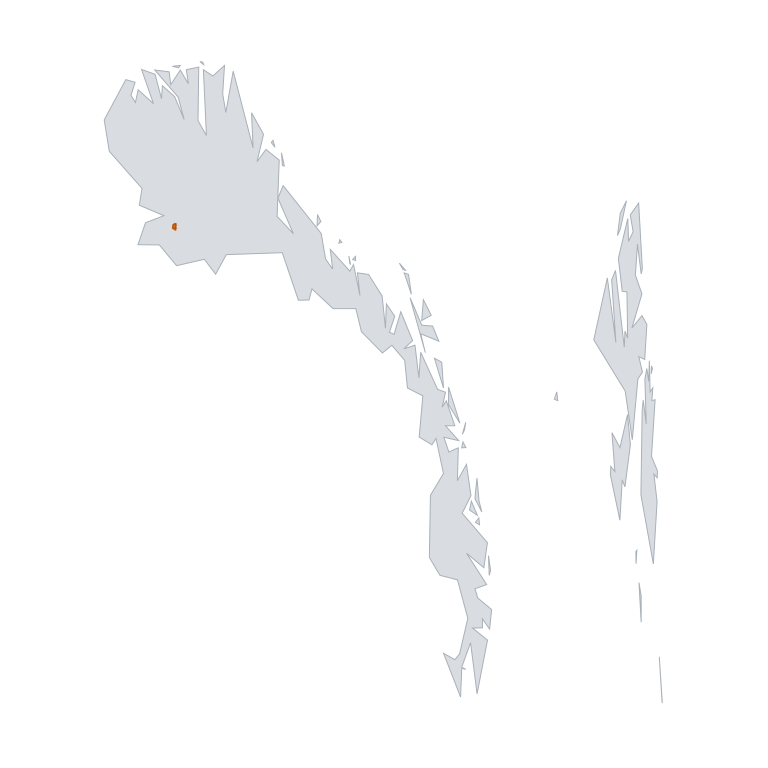 Gjerdrum nor, Akershus, Norway shown in context, rotated 88°
{"feature_id": "86288312B13989294808730", "entity_name": "Gjerdrum nor", "entity_type": "district", "adm_level": 2, "iso_a3": "NOR", "parent_name": "Norway", "parent_adm1": "Akershus", "projection": "equal_earth", "projection_center": [11.024, 60.079], "detail": "fine", "context": "in_parent", "style": "filled", "palette": "amber", "viewbox_px": 768, "rotation_deg": 88, "n_neighbors": 0, "source": "geoboundaries", "source_scale": "gbopen_adm2", "svg_char_len": 4934}
<svg xmlns="http://www.w3.org/2000/svg" viewBox="0 0 768 768"><g transform="rotate(88 384 384)"><path d="M475.5,327.7L440.3,333.9L446.4,338.2L438.3,350.7L397.2,345.6L388.8,360.7L361.1,362.5L345.6,374.8L352.9,384.5L331.0,404.7L307.7,409.5L306.9,432.3L286.4,452.7L297.4,456.0L297.3,466.6L249.2,481.1L249.2,537.1L268.4,548.4L253.1,559.2L258.5,587.2L237.2,603.6L236.2,625.0L214.5,616.7L208.1,598.1L196.8,622.3L180.1,619.0L141.9,650.4L110.3,654.4L70.8,631.4L73.8,622.2L86.7,626.8L94.0,622.6L81.4,619.4L95.8,604.6L61.2,615.3L66.5,602.0L91.1,596.4L78.2,595.0L89.6,583.2L112.7,574.5L90.1,579.7L62.2,602.1L64.5,587.8L77.4,586.7L63.2,576.6L77.2,569.0L63.0,570.6L60.8,558.1L114.3,560.7L129.5,552.8L63.6,553.5L70.2,544.3L60.1,532.3L88.4,535.1L107.2,532.6L66.1,523.8L143.6,506.6L108.3,506.9L130.3,495.7L157.4,503.2L145.5,493.8L156.6,480.9L212.8,485.0L230.7,469.3L194.6,483.5L182.2,477.9L231.4,441.5L257.1,438.0L267.3,431.3L247.6,433.0L270.0,414.2L263.6,410.3L294.8,404.9L272.0,406.7L274.0,395.6L296.0,382.8L328.3,380.6L304.1,378.8L316.7,370.9L332.5,376.8L334.7,372.2L312.4,364.7L341.6,353.9L349.5,362.9L346.3,351.7L379.1,348.9L353.6,346.2L391.2,330.6L394.4,322.8L409.2,326.7L402.9,322.3L428.2,314.7L427.9,324.0L443.2,311.3L439.3,326.0L454.2,321.6L450.4,312.0L483.2,314.0L467.2,304.4L498.6,301.0L515.9,310.4L546.2,286.2L571.1,290.6L556.0,307.4L588.0,288.4L591.8,300.2L601.1,297.8L613.2,284.3L632.6,287.0L622.1,293.9L631.1,294.1L631.0,304.0L643.6,289.5L696.9,301.8L645.6,306.5L669.4,316.1L699.5,318.4L655.2,333.9L662.0,322.8L656.4,317.9L621.1,308.4L582.3,317.4L577.2,334.7L559.0,344.7L496.9,341.5L475.5,327.7ZM333.6,119.2L368.6,122.6L365.5,128.4L381.2,125.3L387.8,130.1L448.3,137.8L399.5,143.2L347.2,172.8L285.8,157.1L350.5,150.8L287.8,152.8L278.6,148.7L355.6,142.6L339.5,141.3L346.7,138.9L300.5,138.0L299.6,142.7L266.7,145.4L227.1,134.6L250.0,134.6L240.5,129.7L223.6,132.0L212.1,123.2L277.9,121.8L283.0,123.1L253.1,125.8L284.0,129.0L302.9,123.1L336.7,134.3L324.7,123.8L333.6,119.2ZM409.2,113.6L465.6,119.2L480.5,113.7L487.3,114.3L483.4,117.4L511.1,115.2L573.2,121.1L503.7,131.1L419.3,126.9L409.2,125.5L433.2,123.3L388.1,123.1L377.7,120.8L390.6,119.4L370.0,118.0L401.2,118.3L397.3,115.5L409.9,116.9L409.2,113.6ZM453.4,139.9L495.2,146.8L488.1,149.3L528.4,153.0L482.8,160.9L474.3,160.2L479.5,156.3L440.6,157.9L455.8,150.4L423.1,141.7L453.4,139.9ZM335.1,345.5L354.1,341.6L298.8,354.9L326.6,344.1L327.8,333.4L343.2,327.7L335.1,345.5ZM364.2,325.5L390.1,324.7L360.0,332.7L364.2,325.5ZM389.4,319.6L425.8,309.5L406.9,320.2L389.4,319.6ZM209.3,135.3L237.3,142.4L243.8,145.5L221.7,141.9L209.3,135.3ZM317.0,334.4L321.9,344.1L301.2,341.7L317.0,334.4ZM515.4,290.7L501.6,297.1L481.3,294.4L504.3,293.1L515.4,290.7ZM518.5,295.3L512.9,302.9L504.2,300.8L518.5,295.3ZM275.3,355.7L295.3,353.5L273.7,359.9L275.3,355.7ZM711.2,117.2L666.2,118.4L712.7,117.0L711.2,117.2ZM604.8,134.4L631.1,135.3L591.4,136.1L604.8,134.4ZM559.2,285.6L573.9,284.0L579.0,285.5L559.2,285.6ZM528.0,293.4L525.5,297.4L521.1,293.9L528.0,293.4ZM450.4,304.4L450.5,308.6L444.7,307.1L450.4,304.4ZM406.7,211.0L405.1,214.3L397.9,211.6L406.7,211.0ZM572.4,138.4L560.3,138.1L559.0,137.1L572.4,138.4ZM219.5,441.4L223.5,445.4L212.4,444.5L219.5,441.4ZM425.0,303.6L432.6,305.1L437.1,307.5L425.0,303.6ZM377.9,115.2L383.2,116.6L375.2,116.1L377.9,115.2ZM162.1,477.9L149.3,478.4L162.7,476.0L162.1,477.9ZM143.6,484.7L138.7,488.2L136.6,486.4L143.6,484.7ZM270.5,360.9L263.8,364.4L271.1,358.5L270.5,360.9ZM60.8,578.3L59.1,584.4L58.5,576.5L60.8,578.3ZM258.5,411.0L255.5,408.0L259.5,408.1L258.5,411.0ZM672.0,312.2L671.0,315.6L670.4,315.0L672.0,312.2ZM262.1,414.0L254.8,414.7L263.6,413.2L262.1,414.0ZM241.0,421.1L241.7,424.2L238.2,423.2L241.0,421.1ZM58.6,553.1L55.3,556.7L56.1,553.8L58.6,553.1Z" fill="#d9dde1" stroke="#a8b0b8" stroke-width="1"/><path d="M221.1,586.7L221.0,586.8L220.9,586.9L220.7,586.9L220.7,587.0L220.4,587.1L220.2,587.2L219.9,587.1L219.7,587.2L219.4,587.2L219.2,587.2L218.9,587.2L219.0,587.2L219.0,586.9L218.9,586.8L218.9,586.7L219.0,586.6L218.9,586.6L218.6,586.7L218.5,586.8L218.4,586.8L218.3,586.7L218.3,586.8L218.1,586.7L217.9,586.7L217.7,586.7L217.4,586.7L217.2,586.7L216.9,586.6L216.7,586.5L216.6,586.8L216.6,587.0L216.8,587.3L217.0,587.5L216.9,587.7L216.8,587.8L217.0,587.9L217.1,588.0L217.3,588.1L217.2,588.3L217.2,588.5L217.2,588.8L217.3,589.0L217.6,589.1L217.8,589.2L218.0,589.2L218.3,589.3L218.4,589.2L218.5,589.2L218.7,589.3L218.8,589.3L219.0,589.5L219.4,589.5L219.5,589.6L219.8,589.7L220.0,589.6L220.3,589.7L220.5,589.6L220.7,589.4L220.7,589.2L220.8,589.1L220.9,588.9L221.0,588.9L221.1,589.0L221.1,588.9L221.2,589.0L221.3,589.0L221.2,589.0L221.3,589.0L221.5,588.9L221.6,588.7L221.6,588.4L221.6,588.2L221.7,587.9L221.8,587.8L221.7,587.8L221.7,587.7L221.8,587.6L221.8,587.4L221.9,587.2L222.0,587.2L221.9,587.1L222.0,587.0L221.9,587.0L221.7,587.0L221.6,586.9L221.6,587.0L221.4,587.0L221.4,586.9L221.2,586.8L221.1,586.7L221.1,586.7Z" fill="#f59e0b" stroke="#b45309" stroke-width="1.5"/></g></svg>